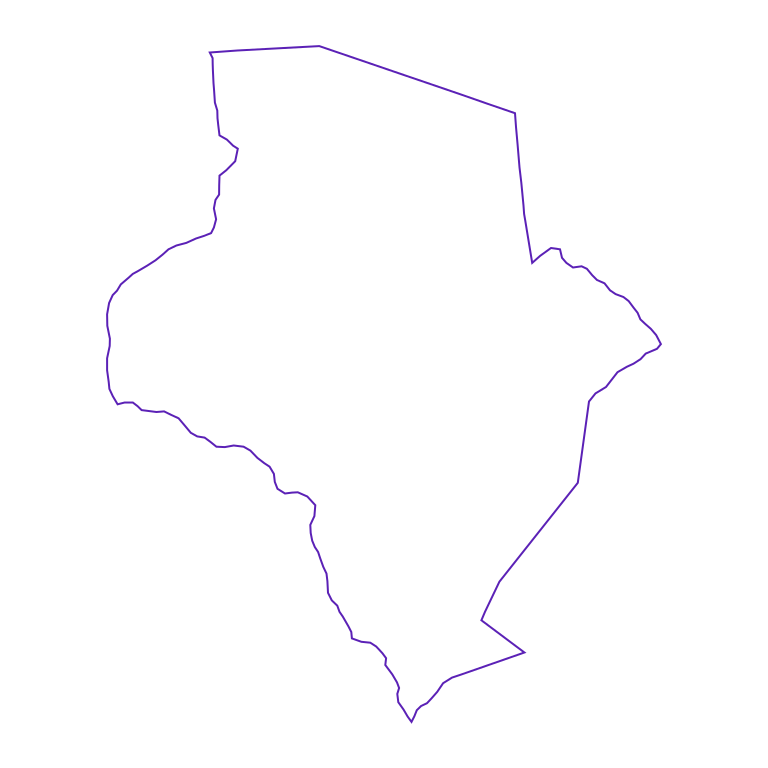 Pé de Serra, Bahia, Brazil (Mercator projection)
{"feature_id": "56859067B88546215255955", "entity_name": "Pé de Serra", "entity_type": "district", "adm_level": 2, "iso_a3": "BRA", "parent_name": "Brazil", "parent_adm1": "Bahia", "projection": "mercator", "projection_center": [-39.628, -11.892], "detail": "fine", "context": "isolated", "style": "outline", "palette": "violet", "viewbox_px": 768, "rotation_deg": 0, "n_neighbors": 0, "source": "geoboundaries", "source_scale": "gbopen_adm2", "svg_char_len": 2181}
<svg xmlns="http://www.w3.org/2000/svg" viewBox="0 0 768 768"><path d="M176.4,245.5L168.5,249.3L162.6,254.6L155.5,260.3L147.1,265.7L138.1,271.0L132.8,273.9L128.5,277.8L120.8,284.4L117.0,290.7L112.7,295.1L109.1,303.0L107.1,314.3L107.3,325.8L109.9,338.7L109.7,346.0L108.3,352.6L107.1,358.3L107.1,370.3L108.7,381.9L109.4,388.9L112.8,396.2L117.6,404.3L124.7,402.5L132.8,402.5L137.5,406.1L141.6,410.1L156.4,412.0L164.1,411.4L171.2,414.9L178.6,418.3L184.7,425.5L190.8,432.8L197.2,436.4L204.6,437.6L210.2,441.7L216.4,446.7L224.8,447.1L233.7,445.5L243.6,446.7L250.4,450.6L257.4,457.9L264.3,463.2L269.6,466.7L273.9,473.9L274.8,481.9L277.5,488.8L285.0,493.5L292.1,492.6L297.8,492.3L307.3,496.5L315.3,505.2L314.4,516.1L310.3,524.9L310.7,533.0L312.2,540.7L314.8,547.0L318.1,552.0L320.2,558.3L323.3,566.9L326.5,573.6L327.4,581.1L328.0,592.8L331.8,600.4L337.3,605.7L339.5,611.8L342.8,616.6L348.4,626.3L351.3,632.0L351.9,638.4L361.4,641.8L370.3,642.7L376.2,646.5L382.4,653.2L386.1,658.2L385.3,665.0L392.3,674.4L397.0,682.4L399.1,688.0L397.3,693.9L398.3,702.2L403.5,709.5L407.6,716.5L411.5,721.9L414.3,716.4L416.8,710.2L421.1,706.0L427.0,703.2L431.5,698.4L437.2,691.9L443.1,683.2L452.0,677.6L460.7,674.7L524.4,652.5L481.4,620.3L485.0,611.8L499.4,581.7L577.8,482.8L589.0,401.5L595.5,393.4L606.0,387.0L617.5,372.2L626.8,366.8L633.5,363.7L640.6,359.1L645.7,353.6L657.0,348.8L660.9,344.1L656.2,335.1L650.9,328.9L645.1,323.8L640.4,319.4L637.6,312.8L633.6,307.7L628.7,301.1L623.4,297.0L615.6,294.1L610.0,290.3L604.5,283.3L597.0,280.0L592.2,275.2L586.9,268.8L581.6,266.3L573.0,267.5L566.4,262.9L562.0,257.8L560.0,249.3L551.0,248.0L540.2,255.8L532.2,262.9L525.3,220.9L524.1,213.9L523.5,205.6L522.3,193.0L521.3,182.6L519.5,167.4L517.6,144.7L516.0,126.9L515.0,113.2L487.9,103.9L460.7,94.4L406.5,75.9L319.3,46.1L237.4,50.5L209.8,52.5L212.6,58.1L212.7,64.4L212.9,70.2L213.5,83.1L214.1,90.6L214.9,102.6L217.3,110.6L217.5,118.2L218.2,124.7L219.5,135.4L226.9,139.6L233.1,145.7L237.8,148.7L235.2,161.2L226.2,170.3L219.5,175.6L219.2,185.2L219.1,194.6L215.5,199.9L213.9,208.4L216.1,219.3L213.9,227.5L211.1,233.1L203.7,236.0L196.0,238.5L186.3,242.9L176.4,245.5Z" fill="none" stroke="#5b21b6" stroke-width="2"/></svg>